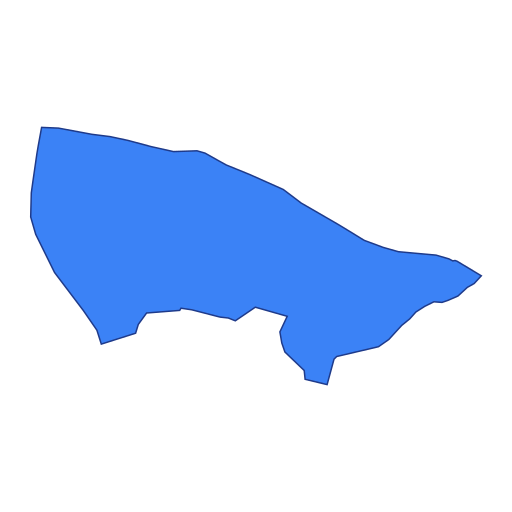 Agatu, Benue, Nigeria
{"feature_id": "59680162B61995403132351", "entity_name": "Agatu", "entity_type": "district", "adm_level": 2, "iso_a3": "NGA", "parent_name": "Nigeria", "parent_adm1": "Benue", "projection": "albers", "projection_center": [7.948, 7.859], "detail": "fine", "context": "isolated", "style": "filled", "palette": "blue", "viewbox_px": 512, "rotation_deg": 0, "n_neighbors": 0, "source": "geoboundaries", "source_scale": "gbopen_adm2", "svg_char_len": 1006}
<svg xmlns="http://www.w3.org/2000/svg" viewBox="0 0 512 512"><path d="M101.3,344.1L135.6,333.2L138.3,324.4L146.6,313.0L179.7,310.4L181.0,308.2L191.8,309.8L218.5,316.7L220.2,317.1L228.3,318.0L235.3,320.8L255.3,307.2L287.2,316.3L279.9,331.9L281.8,343.0L284.9,352.0L304.2,370.5L305.1,379.3L327.1,384.6L334.0,359.2L336.7,356.5L378.5,346.7L388.8,339.5L401.7,325.4L409.7,318.9L415.9,312.0L424.8,306.3L433.9,301.8L442.0,302.4L447.9,300.4L458.0,296.0L467.3,287.4L474.2,283.5L481.3,275.8L461.5,263.9L457.0,261.2L455.0,260.5L452.8,260.9L449.0,258.9L436.0,255.1L419.3,253.6L398.4,251.7L383.2,247.4L364.6,240.5L363.3,239.8L357.8,236.4L338.8,224.8L301.1,203.0L289.4,194.1L283.3,189.5L249.9,174.6L226.3,165.0L218.0,160.4L205.0,153.1L197.0,150.8L173.5,151.6L151.1,146.6L127.9,140.4L110.1,136.6L91.8,134.3L83.2,132.7L58.4,128.1L41.6,127.4L38.2,146.0L36.9,153.7L32.9,181.4L31.3,192.9L30.7,217.0L35.7,234.3L54.5,272.4L55.0,273.1L83.4,310.6L96.9,330.2L101.3,344.1Z" fill="#3b82f6" stroke="#1e3a8a" stroke-width="1.5"/></svg>